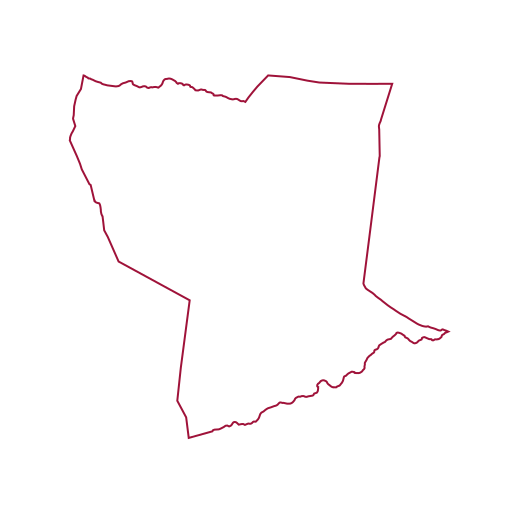 the district of Mapai, Gaza, Mozambique, rotated 278°
{"feature_id": "85939544B45935423796795", "entity_name": "Mapai", "entity_type": "district", "adm_level": 2, "iso_a3": "MOZ", "parent_name": "Mozambique", "parent_adm1": "Gaza", "projection": "robinson", "projection_center": [32.421, -22.625], "detail": "fine", "context": "isolated", "style": "outline", "palette": "rose", "viewbox_px": 512, "rotation_deg": 278, "n_neighbors": 0, "source": "geoboundaries", "source_scale": "gbopen_adm2", "svg_char_len": 6034}
<svg xmlns="http://www.w3.org/2000/svg" viewBox="0 0 512 512"><g transform="rotate(278 256 256)"><path d="M207.9,456.9L208.5,454.9L208.9,452.6L209.2,451.7L209.3,451.0L209.1,450.5L208.4,449.9L207.9,449.2L207.8,447.8L208.0,446.5L208.7,444.0L209.1,441.9L209.5,438.8L210.0,437.0L210.3,436.3L210.1,435.3L209.9,435.1L209.7,434.2L209.7,432.2L209.9,430.3L210.8,426.6L211.5,424.7L215.4,415.9L216.5,413.7L218.9,407.0L221.3,401.9L222.4,399.8L223.9,396.5L225.6,393.2L228.0,389.1L228.8,387.7L230.1,385.7L231.5,382.9L233.1,380.1L234.1,378.9L235.5,376.7L238.1,371.2L239.2,369.3L242.2,367.0L243.5,366.3L243.8,366.2L290.8,365.6L370.8,364.5L371.6,364.6L372.3,364.6L398.5,360.4L399.2,360.2L401.2,359.7L402.6,359.6L404.4,359.9L407.2,360.7L408.5,360.8L445.5,366.9L443.0,349.6L439.5,324.4L436.6,294.6L436.8,282.5L437.9,264.6L436.5,242.9L424.0,233.8L418.1,230.1L412.0,226.5L407.1,224.0L407.7,222.1L407.3,220.4L407.3,219.3L407.7,218.2L408.4,216.7L408.8,215.7L408.9,214.7L408.7,213.5L408.1,212.1L407.8,210.8L407.9,209.6L408.0,208.0L408.7,205.7L409.1,204.9L409.5,203.5L409.8,200.9L410.2,200.4L410.4,200.0L410.3,198.5L409.5,195.4L409.1,192.1L409.3,191.7L410.2,191.5L410.8,190.7L411.0,190.0L411.5,189.0L411.7,188.6L411.6,185.6L411.7,184.7L412.0,183.9L412.9,183.1L413.3,182.4L413.2,181.1L413.1,180.4L413.3,178.6L413.2,178.2L412.6,177.0L411.9,175.8L411.7,174.1L411.7,172.9L412.3,172.4L413.9,170.2L414.4,169.1L414.3,168.1L414.4,167.5L414.6,167.3L415.5,167.0L415.9,166.4L416.2,165.0L416.2,163.3L415.9,162.2L415.3,161.3L415.1,161.2L415.0,160.7L415.3,160.1L415.8,159.5L416.0,159.5L416.3,159.1L416.5,158.3L416.6,157.1L416.4,155.6L416.1,154.9L415.7,154.7L416.2,153.6L416.5,153.2L417.0,152.9L418.0,151.6L419.2,148.6L419.5,147.6L419.7,146.4L419.7,145.6L419.5,144.5L419.0,143.3L418.7,141.9L418.2,141.0L416.8,140.0L415.1,139.5L413.8,139.3L412.4,138.7L411.1,137.8L410.3,136.9L409.2,136.0L409.1,135.7L409.4,134.4L409.4,132.8L409.1,131.4L408.5,129.7L408.6,129.2L408.6,128.6L407.9,127.0L407.7,126.9L407.4,126.1L407.6,124.8L407.8,124.4L408.4,123.6L408.6,122.8L408.6,122.4L408.6,121.7L408.2,120.3L407.5,119.2L406.9,117.8L406.8,117.2L406.9,116.6L407.7,114.3L408.2,112.1L408.7,110.7L409.2,110.1L410.8,109.5L411.6,109.1L411.8,108.3L411.8,107.3L411.3,105.4L411.0,105.0L410.8,104.7L410.7,104.5L409.6,102.7L408.6,100.3L408.1,99.6L407.5,98.7L406.0,97.4L405.2,96.3L404.5,94.0L404.4,93.1L404.3,85.0L404.6,82.6L404.7,81.4L404.9,80.2L405.2,79.3L406.0,78.2L406.2,76.6L406.4,74.9L406.8,72.7L407.8,69.8L408.1,68.2L408.6,67.2L408.6,66.5L408.5,65.6L408.6,65.2L409.2,64.6L409.7,62.9L410.3,61.9L410.8,60.5L410.8,60.1L397.0,59.4L389.5,56.1L385.7,55.6L379.0,55.1L370.1,55.9L366.9,55.7L366.3,55.8L359.5,59.0L354.1,57.3L351.7,56.3L348.9,55.6L347.2,55.4L345.8,55.6L344.6,55.5L329.8,64.8L322.8,68.9L317.6,71.4L304.0,81.0L303.3,82.4L288.2,88.3L288.3,88.6L287.6,88.9L287.3,89.2L286.8,90.2L286.5,91.5L286.4,93.1L286.3,93.5L284.9,94.4L283.9,94.8L282.4,95.3L280.2,95.9L278.5,96.2L276.2,97.0L274.3,98.1L274.0,98.5L268.4,100.0L260.3,102.1L254.2,106.6L231.4,120.7L202.9,196.5L134.8,197.1L101.7,198.2L86.5,209.3L66.5,214.7L76.3,237.2L77.5,237.7L77.7,238.0L78.3,239.2L79.1,243.1L79.4,243.8L80.2,245.1L82.1,247.8L83.6,249.4L83.8,249.9L84.1,251.2L83.6,252.7L83.5,253.1L83.7,253.5L84.4,254.6L85.0,255.1L85.8,255.6L86.6,255.9L87.9,256.6L88.4,257.2L88.7,258.2L88.6,259.3L88.1,260.3L86.6,262.4L87.3,264.3L87.6,265.2L87.8,266.5L87.8,266.9L87.2,268.5L87.5,269.1L88.1,270.0L89.0,271.7L89.0,272.3L89.0,273.5L89.4,274.5L90.1,275.3L91.1,276.0L91.4,276.3L91.8,277.0L91.8,278.3L91.9,278.8L92.7,279.4L94.5,280.7L96.1,281.4L96.9,281.6L100.0,282.2L101.3,282.9L101.7,283.2L103.1,285.1L104.9,286.7L106.1,288.0L107.0,289.2L108.1,291.6L110.0,295.1L110.4,296.2L111.0,297.2L111.8,298.1L113.3,299.1L114.1,299.8L114.3,300.2L114.4,300.9L114.2,302.8L114.4,303.6L114.3,304.9L114.1,307.5L114.4,309.5L114.7,310.7L115.2,311.4L115.3,311.7L116.4,312.8L118.4,314.1L120.1,314.6L120.8,315.1L121.2,315.5L122.5,317.3L122.7,317.7L122.8,319.3L123.0,319.7L123.5,320.5L123.8,321.6L123.9,322.8L123.5,324.2L123.5,325.4L123.7,326.1L124.3,327.3L125.4,330.8L125.7,331.6L126.5,332.3L127.5,332.6L127.9,332.8L128.6,334.3L129.2,335.3L129.6,335.5L130.6,335.9L131.4,336.0L133.5,336.0L134.6,335.8L134.9,335.8L135.0,335.3L135.5,334.8L136.7,334.6L138.1,335.2L139.0,336.2L140.8,337.3L140.9,337.5L141.2,337.6L141.9,338.7L142.3,339.7L142.3,340.9L141.8,342.7L141.2,343.6L140.0,344.4L139.1,345.4L138.6,346.2L138.5,346.6L137.6,347.9L137.0,349.2L136.8,349.9L136.7,351.0L136.9,351.2L136.9,352.0L137.0,353.0L137.2,353.8L137.4,353.8L137.9,354.3L139.1,356.3L139.2,356.7L140.4,357.5L141.2,357.9L142.4,358.7L143.2,359.0L144.6,359.5L146.4,359.7L148.3,359.9L148.9,360.1L149.2,360.4L149.9,361.7L151.5,362.9L152.6,363.9L153.3,364.9L154.7,366.8L154.8,367.6L154.7,369.6L154.0,369.9L154.0,371.4L154.3,373.8L154.6,374.7L154.9,375.3L155.8,376.4L156.5,377.1L157.9,377.8L159.0,378.7L159.7,379.0L160.4,379.1L161.3,378.8L163.9,378.9L164.7,378.7L165.5,378.7L168.4,379.9L170.4,380.5L171.2,381.0L172.1,381.7L172.5,381.9L173.7,383.1L173.8,383.3L175.2,384.4L176.7,386.1L177.3,386.4L178.8,386.4L179.1,386.5L179.8,387.2L180.2,388.2L180.6,388.8L181.3,389.5L182.4,390.0L183.6,390.1L184.7,390.5L186.7,392.7L187.6,393.9L187.8,394.0L188.7,395.5L189.0,395.8L190.3,396.6L191.1,397.4L191.6,398.1L191.9,398.9L192.7,401.1L194.4,402.2L195.4,403.0L196.5,404.1L198.0,405.3L198.9,405.8L199.3,405.8L199.5,406.0L199.9,406.9L199.9,408.0L199.5,410.2L199.2,411.1L198.7,411.9L197.7,414.2L197.1,414.4L196.2,415.2L195.9,416.5L195.4,417.8L194.7,418.7L194.1,419.3L193.2,420.6L192.7,422.2L191.7,424.2L191.6,425.4L192.3,426.9L192.7,427.4L193.8,428.3L194.2,428.5L194.8,429.0L195.2,429.6L196.3,431.5L196.9,431.7L197.9,431.8L198.0,431.9L198.6,432.7L199.1,433.9L199.0,434.7L198.5,436.4L197.8,439.0L198.0,441.2L197.7,441.7L197.3,441.9L197.1,442.3L197.1,442.8L197.1,443.1L197.5,443.8L198.3,444.7L198.4,445.1L198.6,446.9L198.9,447.4L199.1,448.4L200.1,449.6L201.6,450.9L203.0,451.1L203.7,451.4L204.1,451.9L204.6,452.7L205.2,453.3L205.9,453.7L206.5,454.4L206.9,455.3L207.9,456.9Z" fill="none" stroke="#9f1239" stroke-width="2"/></g></svg>